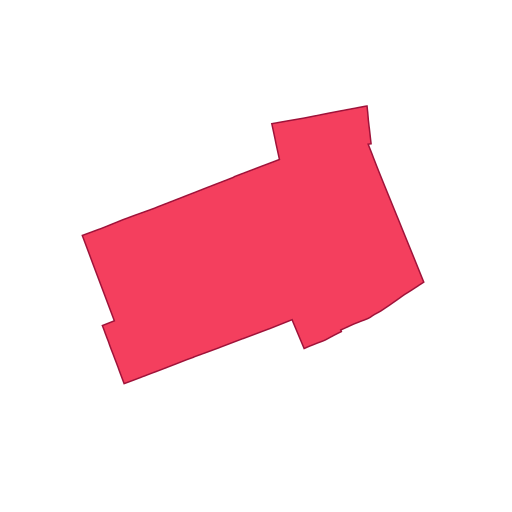 the district of Cocora, Ialomita, Romania, rotated 47°
{"feature_id": "2599482B22820345883156", "entity_name": "Cocora", "entity_type": "district", "adm_level": 2, "iso_a3": "ROU", "parent_name": "Romania", "parent_adm1": "Ialomita", "projection": "orthographic", "projection_center": [27.071, 44.753], "detail": "fine", "context": "isolated", "style": "filled", "palette": "rose", "viewbox_px": 512, "rotation_deg": 47, "n_neighbors": 0, "source": "geoboundaries", "source_scale": "gbopen_adm2", "svg_char_len": 2267}
<svg xmlns="http://www.w3.org/2000/svg" viewBox="0 0 512 512"><g transform="rotate(47 256 256)"><path d="M245.9,433.9L259.4,439.5L261.0,435.7L262.6,431.8L262.7,431.6L266.4,422.5L267.0,420.9L267.7,419.4L268.7,416.8L269.8,414.1L269.9,413.8L273.4,405.4L280.3,388.2L284.6,377.3L287.5,370.6L287.4,370.4L297.9,345.6L298.0,345.2L307.3,322.3L307.6,321.8L318.1,296.3L318.2,296.2L327.2,273.0L329.9,274.1L330.2,274.2L356.5,283.9L356.7,283.3L357.1,282.3L357.2,281.8L358.5,278.2L359.7,275.2L361.2,271.3L361.5,270.5L362.9,267.2L363.8,265.0L364.6,262.8L365.2,260.6L366.3,256.2L366.6,255.3L366.9,254.0L367.4,252.1L367.7,251.2L367.9,250.5L368.1,249.7L368.2,249.4L368.4,248.7L369.5,245.1L367.9,244.5L372.4,231.0L373.1,229.2L373.3,228.7L373.7,227.7L374.7,225.2L375.0,224.3L375.4,223.4L375.7,222.6L375.9,222.1L376.4,221.1L377.0,219.5L377.5,218.2L377.7,217.8L378.0,216.8L378.2,216.3L378.5,215.1L378.6,214.7L378.8,213.9L378.8,213.6L379.0,212.5L379.0,212.1L379.2,211.0L379.5,209.4L379.8,208.1L379.9,207.8L380.0,207.6L380.1,207.1L380.4,205.9L380.7,204.9L380.9,204.0L381.4,201.9L381.5,201.1L381.8,199.4L382.1,197.4L382.9,192.5L384.5,181.0L384.7,179.6L385.0,177.0L385.5,173.4L386.1,170.5L387.1,165.3L387.8,161.1L388.3,158.4L388.6,156.2L388.9,154.8L389.3,152.5L389.5,151.3L389.5,151.1L389.4,151.1L388.9,150.9L376.7,146.2L364.7,141.6L336.3,130.8L325.9,126.8L322.4,125.5L290.3,113.3L280.4,109.5L272.2,106.3L266.2,103.9L264.9,103.4L264.4,103.2L260.8,101.7L254.4,99.2L250.7,97.7L252.4,95.3L246.2,90.7L240.0,86.1L238.7,85.2L232.9,80.9L232.2,80.3L231.4,79.7L227.2,76.4L225.7,75.3L222.7,73.0L222.0,72.5L220.9,74.1L206.6,96.7L201.5,104.8L187.9,126.8L178.9,140.5L170.0,154.2L183.5,162.3L187.2,164.6L194.3,168.8L201.4,173.0L194.0,191.1L183.2,217.7L183.1,218.8L172.7,244.8L165.1,264.0L153.2,293.9L151.8,297.7L144.2,315.4L142.6,319.2L138.6,328.8L130.0,351.3L129.2,353.0L125.4,362.1L122.9,368.1L122.5,369.0L122.9,369.2L123.0,369.2L123.1,369.3L123.6,369.5L124.2,369.7L125.6,370.3L140.6,376.5L149.7,380.3L206.8,403.8L202.1,415.8L202.9,416.1L205.8,417.3L208.2,418.3L210.0,419.1L211.8,419.8L213.9,420.7L217.0,421.9L218.2,422.4L222.0,424.1L224.2,425.0L225.9,425.7L226.9,426.1L230.7,427.6L234.3,429.1L238.3,430.7L241.7,432.1L243.2,432.7L245.9,433.9Z" fill="#f43f5e" stroke="#9f1239" stroke-width="1.5"/></g></svg>